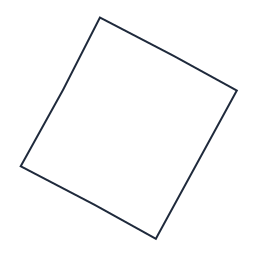 outline of Shiawassee, Michigan, United States of America, rotated 209°
{"feature_id": "52423323B51018446031441", "entity_name": "Shiawassee", "entity_type": "district", "adm_level": 2, "iso_a3": "USA", "parent_name": "United States of America", "parent_adm1": "Michigan", "projection": "albers", "projection_center": [-84.175, 42.954], "detail": "fine", "context": "isolated", "style": "outline", "palette": "slate", "viewbox_px": 256, "rotation_deg": 209, "n_neighbors": 0, "source": "geoboundaries", "source_scale": "gbopen_adm2", "svg_char_len": 265}
<svg xmlns="http://www.w3.org/2000/svg" viewBox="0 0 256 256"><g transform="rotate(209 128 128)"><path d="M49.9,44.6L50.0,49.6L51.0,213.5L123.2,213.2L206.1,211.0L203.3,130.1L203.3,42.5L119.8,44.6L49.9,44.6Z" fill="none" stroke="#1e293b" stroke-width="2"/></g></svg>